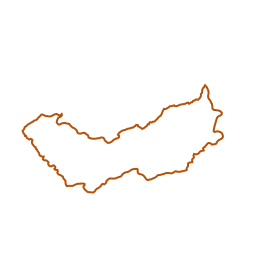 Promissão, São Paulo, Brazil, rotated 44°
{"feature_id": "56859067B81911907857005", "entity_name": "Promissão", "entity_type": "district", "adm_level": 2, "iso_a3": "BRA", "parent_name": "Brazil", "parent_adm1": "São Paulo", "projection": "mercator", "projection_center": [-49.88, -21.492], "detail": "fine", "context": "isolated", "style": "outline", "palette": "amber", "viewbox_px": 256, "rotation_deg": 44, "n_neighbors": 0, "source": "geoboundaries", "source_scale": "gbopen_adm2", "svg_char_len": 4595}
<svg xmlns="http://www.w3.org/2000/svg" viewBox="0 0 256 256"><g transform="rotate(44 128 128)"><path d="M185.1,52.0L183.0,51.7L181.8,52.1L180.1,53.2L179.0,53.9L177.1,55.4L175.4,55.4L173.1,53.4L171.3,52.2L170.2,52.1L168.3,51.2L166.0,50.9L164.6,50.4L163.4,49.3L162.1,47.4L161.0,46.2L159.7,45.3L158.1,44.6L156.2,43.9L153.7,43.7L153.9,44.9L154.5,46.0L154.3,47.3L155.0,49.2L156.0,50.2L156.8,51.3L156.8,52.9L158.3,54.4L158.8,56.2L158.8,59.1L157.0,60.2L156.8,62.0L156.0,63.3L156.4,64.6L155.7,65.5L155.5,66.7L155.2,68.1L153.7,67.9L152.9,69.2L152.2,71.1L151.1,72.5L150.3,73.7L149.4,74.8L148.7,76.5L148.3,77.7L147.5,78.9L146.4,79.7L145.3,79.7L144.8,80.9L143.8,82.4L143.0,83.4L142.8,85.1L142.4,86.7L141.8,88.3L140.6,89.2L141.0,90.7L141.5,92.3L142.1,93.6L142.4,94.7L143.0,95.9L142.7,97.3L142.5,99.6L142.7,101.1L142.6,102.3L142.7,103.6L142.6,104.9L141.6,106.1L141.3,107.6L139.9,108.3L139.8,109.6L140.5,110.8L139.6,111.6L140.1,113.0L139.9,114.7L139.6,116.6L139.0,118.7L137.1,119.0L135.2,119.4L134.1,119.8L132.9,119.1L131.7,120.0L132.0,121.5L131.5,122.4L131.4,124.0L130.3,125.5L129.4,127.3L128.2,128.9L127.4,131.1L126.6,132.4L125.7,133.9L125.3,135.7L125.0,138.0L125.5,139.9L127.1,139.8L128.0,140.8L127.5,142.9L126.6,144.3L125.9,146.5L125.9,148.4L125.4,150.5L124.7,151.8L123.6,152.9L121.5,152.9L120.0,153.1L118.8,152.5L117.3,152.1L116.1,152.7L115.1,153.7L114.3,155.4L112.8,157.2L111.7,158.7L110.5,159.8L109.3,160.9L107.9,161.4L107.1,162.0L105.9,162.1L104.8,161.2L103.5,161.1L102.1,161.6L100.8,161.4L99.6,162.0L98.8,163.3L98.2,164.3L97.3,165.5L96.0,166.3L95.0,166.5L94.1,166.0L92.8,165.4L90.8,165.3L89.2,165.6L87.7,166.2L86.2,166.2L84.6,166.2L82.8,165.9L82.0,166.5L81.1,167.1L79.7,167.9L78.6,168.6L78.0,169.6L77.0,171.0L76.5,173.0L75.5,173.8L73.6,173.7L72.5,173.2L71.3,170.9L70.7,169.0L71.8,166.4L71.5,164.6L70.6,164.1L70.6,165.8L69.8,166.6L68.5,167.1L67.0,167.4L65.7,169.3L65.2,171.0L64.6,172.8L63.3,174.5L62.0,175.3L61.1,176.1L59.9,176.8L57.9,177.4L56.6,178.1L56.3,179.4L56.5,181.5L56.3,182.8L56.6,184.3L56.3,186.3L55.3,188.0L55.2,189.5L54.6,191.3L54.2,193.0L53.7,194.6L53.5,197.2L53.1,199.1L53.8,200.4L54.1,201.8L54.2,203.2L55.6,204.0L56.7,204.4L58.1,204.4L59.3,205.3L60.3,204.5L62.0,205.4L63.6,205.1L65.1,204.8L65.5,203.4L66.8,203.0L67.8,203.2L68.2,204.5L69.2,205.3L70.2,205.9L71.3,206.0L73.4,206.4L75.0,206.0L75.9,206.9L77.3,206.7L78.5,207.3L80.2,207.6L81.7,207.9L83.0,208.9L84.2,209.0L85.3,208.4L86.4,208.2L87.2,207.2L87.9,208.4L88.6,209.6L90.0,209.5L91.2,208.5L92.1,207.9L93.1,207.9L94.5,207.8L95.5,209.3L97.3,209.9L98.7,209.6L99.6,208.6L99.9,207.2L100.8,206.4L102.6,206.4L103.5,207.5L103.5,208.6L104.9,208.5L106.3,207.2L107.6,207.9L108.1,209.2L109.6,209.6L110.9,209.4L112.2,208.8L113.7,208.5L114.9,208.2L116.3,209.1L117.5,209.2L118.6,209.3L120.1,209.6L120.9,210.7L122.4,211.7L124.3,212.3L125.4,210.9L127.0,209.4L128.3,208.3L128.9,206.8L129.6,204.9L130.6,203.0L132.2,201.4L133.4,199.9L135.5,198.4L136.4,199.1L136.6,201.1L137.9,201.9L139.9,202.3L141.5,202.1L142.6,202.2L143.9,201.8L145.4,200.5L146.4,199.7L147.9,198.5L148.1,196.5L147.7,194.6L147.8,193.3L148.3,192.0L148.6,190.9L148.7,188.7L148.4,186.9L148.7,185.6L149.9,185.2L150.3,183.8L150.2,182.3L149.3,181.0L149.4,179.6L149.5,178.1L149.9,177.0L150.7,176.2L151.9,175.2L153.1,174.1L153.9,173.0L154.5,171.9L154.9,170.9L155.6,169.4L156.5,168.0L156.5,166.8L156.2,165.3L156.4,163.5L156.9,161.9L157.7,160.8L158.4,159.7L158.9,158.4L159.2,157.1L159.5,155.6L160.2,154.2L161.2,152.9L162.5,151.5L163.4,151.0L164.4,151.6L165.1,152.6L166.4,153.4L167.6,153.4L168.5,152.9L169.6,152.3L171.0,151.6L172.6,151.5L173.9,151.6L175.8,152.0L177.6,152.0L178.8,151.4L179.2,150.0L180.4,148.8L180.9,147.1L181.6,145.6L182.1,144.3L182.3,141.0L183.2,140.2L184.0,139.0L184.9,137.4L185.7,136.1L186.6,134.2L187.8,132.8L189.1,131.7L190.7,130.6L191.5,128.9L192.0,126.8L192.5,125.8L193.6,125.4L194.8,124.4L195.9,123.3L196.6,122.0L197.7,120.6L198.6,119.1L199.4,117.6L198.3,116.3L197.8,114.7L197.6,113.6L196.7,112.7L195.8,111.8L196.1,110.4L197.0,109.2L198.0,107.9L196.9,107.0L196.1,106.3L195.9,105.0L196.1,103.9L195.4,103.0L194.4,102.5L193.5,100.8L195.2,99.8L195.9,98.7L196.5,97.0L196.2,95.3L196.5,93.9L197.3,92.7L198.1,91.6L197.1,90.9L196.1,90.5L196.0,89.2L196.4,88.0L196.2,86.8L196.2,85.6L196.1,84.2L196.2,83.0L197.0,82.2L198.7,81.6L200.0,81.6L201.0,80.3L201.7,79.3L202.3,78.0L201.9,76.6L201.6,75.5L201.7,73.9L202.2,72.2L202.9,69.9L202.4,68.4L201.3,67.4L200.1,66.9L199.0,66.5L197.5,66.7L195.5,67.6L194.4,68.5L192.9,70.8L191.8,70.8L190.5,69.1L188.7,66.0L186.7,62.3L185.1,59.2L184.8,57.6L185.1,56.4L185.9,54.3L185.9,53.2L185.1,52.0Z" fill="none" stroke="#b45309" stroke-width="2"/></g></svg>